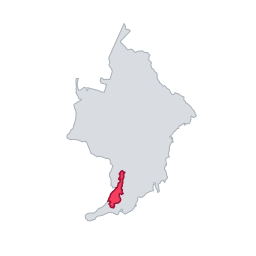 where Cesar sits in Colombia, rotated 195°
{"feature_id": "COL-1414", "entity_name": "Cesar", "entity_type": "Department", "adm_level": 1, "iso_a3": "COL", "parent_name": "Colombia", "parent_adm1": "", "projection": "natural_earth1", "projection_center": [-73.578, 9.272], "detail": "fine", "context": "in_parent", "style": "filled", "palette": "rose", "viewbox_px": 256, "rotation_deg": 195, "n_neighbors": 0, "source": "natural_earth", "source_scale": "10m", "svg_char_len": 6818}
<svg xmlns="http://www.w3.org/2000/svg" viewBox="0 0 256 256"><g transform="rotate(195 128 128)"><path d="M144.7,35.1L142.5,36.1L138.2,37.4L135.2,43.0L133.2,44.0L130.6,47.4L128.8,51.5L127.4,59.9L123.7,67.0L124.0,67.3L125.5,67.0L126.9,66.2L127.4,66.5L127.9,67.7L129.6,68.1L130.9,73.8L133.5,76.8L133.8,77.9L134.1,80.3L133.2,81.7L132.9,87.0L133.7,88.3L135.6,88.9L136.9,92.1L137.7,92.9L138.9,93.4L141.7,92.9L146.8,93.5L148.0,93.4L150.8,92.2L154.4,93.6L157.1,93.9L164.4,103.8L165.1,103.5L166.0,104.1L167.9,103.1L169.4,102.9L171.5,103.4L174.2,103.4L179.7,102.4L180.6,101.8L183.6,102.4L184.5,103.1L184.9,105.0L184.5,106.1L183.5,107.3L182.9,108.8L182.8,110.6L182.3,111.9L181.3,112.8L180.9,114.0L181.2,115.7L180.7,123.2L181.1,123.8L181.4,126.8L182.7,130.8L183.3,132.0L184.4,132.9L186.3,136.2L185.9,137.3L180.9,142.5L180.6,143.7L181.6,143.2L183.1,143.7L183.7,144.9L187.4,148.5L187.3,149.9L188.4,152.6L188.2,153.2L190.7,160.8L190.8,162.5L188.7,162.9L188.6,157.8L188.3,156.7L185.9,152.1L185.4,151.8L183.8,152.3L181.1,155.7L179.9,156.2L178.9,155.7L177.9,153.7L177.2,153.3L176.6,155.0L177.4,156.5L165.6,156.5L163.2,155.9L160.1,156.6L160.0,164.4L165.6,164.5L167.2,166.7L167.0,168.6L167.3,169.2L165.9,169.6L164.0,168.4L160.5,169.8L158.0,170.2L157.8,178.7L159.3,180.9L162.3,183.2L162.7,184.7L162.5,186.2L163.2,188.1L164.2,189.0L164.2,190.1L164.7,191.4L158.8,227.8L156.8,225.6L156.0,223.6L155.0,222.7L153.0,223.4L150.9,222.3L157.7,210.0L157.5,208.9L151.8,205.9L151.2,205.1L148.5,203.5L147.0,204.0L146.1,204.8L144.1,205.0L142.4,203.7L140.4,202.8L138.0,204.9L137.3,204.9L135.6,205.8L133.7,206.2L131.4,205.2L129.4,205.9L128.1,205.7L127.6,205.1L125.9,204.3L125.7,203.5L126.2,202.0L125.5,199.0L125.2,198.5L123.9,198.4L122.4,197.3L122.1,196.7L122.4,195.5L122.1,194.4L120.6,192.0L118.6,191.4L116.6,189.4L114.6,188.7L113.7,187.3L112.8,184.0L110.8,181.5L109.3,180.7L108.9,179.5L107.4,179.3L105.4,177.7L104.5,177.6L103.9,178.4L102.0,177.5L100.4,176.3L98.8,176.0L97.7,175.3L95.8,173.0L93.7,171.8L92.4,172.2L92.0,174.0L91.3,174.3L88.9,173.8L88.5,174.2L87.9,174.1L84.9,172.8L82.0,172.4L81.3,169.5L79.4,168.4L78.8,167.1L77.5,167.2L72.5,164.6L70.5,162.7L68.7,161.7L66.9,159.7L66.6,158.9L65.2,157.7L65.9,156.1L67.6,155.0L69.8,155.9L70.1,154.1L69.3,152.5L69.7,148.9L70.3,148.1L71.5,147.4L72.2,147.6L72.7,147.0L74.5,147.3L75.1,147.1L76.5,145.6L77.1,144.5L77.7,144.6L79.2,142.6L79.0,140.7L80.3,140.3L81.8,137.1L82.4,137.0L82.8,135.5L85.3,130.3L84.4,130.9L83.4,130.5L83.6,128.7L83.3,128.5L82.4,129.9L81.7,128.5L81.9,126.3L80.8,126.7L80.8,126.2L82.5,124.5L83.2,120.6L82.6,119.2L82.3,113.4L82.0,112.3L80.6,110.8L82.8,109.2L83.6,107.9L82.6,105.3L81.3,103.2L81.3,101.9L82.1,102.0L82.4,98.4L81.7,97.0L80.8,97.0L77.9,91.7L76.9,90.6L77.7,88.0L78.5,86.9L78.4,84.9L78.9,85.0L80.2,86.8L80.7,86.5L82.6,84.9L82.6,83.3L84.2,81.7L82.0,76.2L81.3,75.4L82.2,73.6L82.7,73.7L83.5,75.4L84.9,76.5L86.9,79.6L87.7,80.3L87.1,80.9L87.0,81.7L87.3,82.1L88.4,82.2L88.9,81.3L88.6,77.6L88.1,75.8L87.1,74.5L87.4,73.9L89.4,73.0L93.7,69.5L95.2,66.2L96.3,65.0L97.5,64.2L99.1,64.4L100.3,64.0L100.6,62.9L99.9,60.6L100.8,57.5L100.7,55.9L101.3,54.9L101.1,54.5L99.6,55.7L101.2,53.4L102.3,50.1L108.5,44.1L112.5,45.5L113.8,45.4L112.1,46.2L111.9,47.0L112.4,47.9L113.0,48.2L113.6,47.6L114.9,44.1L115.1,42.2L115.7,41.5L116.6,41.3L120.5,42.1L124.2,41.8L130.3,36.9L134.9,34.7L136.0,32.7L136.3,31.1L137.2,30.5L138.0,30.5L138.5,29.7L140.6,28.4L142.9,28.2L145.3,29.4L146.4,31.4L146.6,32.8L144.7,35.1ZM74.6,146.7L74.3,146.9L73.8,146.5L73.6,145.9L73.9,145.4L74.4,145.6L74.6,146.7Z" fill="#d9dde1" stroke="#a8b0b8" stroke-width="1"/><path d="M128.3,52.2L128.3,52.4L128.3,52.7L128.1,55.3L127.6,57.4L127.6,57.8L127.5,58.3L127.5,58.6L127.6,58.9L127.7,59.1L127.7,59.3L127.6,59.6L127.3,60.4L126.7,61.4L126.5,62.2L126.4,62.4L126.2,62.6L125.8,62.9L125.6,63.1L125.4,63.6L124.6,65.0L124.3,66.0L124.1,66.3L123.9,66.5L123.6,66.8L123.4,67.0L123.4,67.3L123.6,67.4L123.3,67.5L123.2,67.6L123.0,68.0L123.0,68.4L122.9,70.1L122.9,70.5L122.9,71.0L123.0,71.6L123.1,71.8L123.1,72.0L122.9,72.3L122.6,72.4L122.6,72.5L122.6,72.8L122.4,73.0L122.0,73.3L121.9,73.5L121.7,73.9L121.7,74.0L121.7,74.3L121.8,74.6L122.1,75.1L122.3,75.6L122.4,75.8L122.3,76.3L122.0,76.6L122.0,76.8L122.3,76.8L122.5,76.9L122.6,77.1L122.7,77.3L122.8,77.5L122.8,77.4L122.9,77.2L123.0,77.1L123.3,76.9L123.2,76.4L123.1,76.2L123.1,75.9L123.4,75.9L123.6,75.9L123.7,76.0L123.8,76.1L123.8,76.6L123.7,77.3L123.5,77.8L123.4,78.1L123.3,78.4L123.2,78.6L123.2,78.9L123.3,79.8L123.6,80.3L123.6,80.5L123.6,80.8L123.6,81.0L124.2,81.2L124.3,81.4L124.4,81.5L124.5,81.5L124.5,81.8L124.5,82.0L124.3,82.2L124.3,82.3L124.1,82.4L123.9,82.5L123.8,82.9L123.8,83.4L123.8,83.6L123.7,83.8L123.5,84.2L123.4,84.4L123.3,84.5L123.2,84.7L123.0,84.8L122.8,85.0L122.5,85.1L122.4,85.2L122.2,85.1L122.0,84.9L121.9,84.9L121.7,84.8L121.6,84.7L121.4,84.5L120.9,84.4L121.0,84.5L119.7,84.4L119.7,84.1L119.8,84.0L119.8,83.9L119.8,83.7L119.8,83.4L119.8,83.2L120.0,83.0L120.2,82.9L120.5,82.6L120.6,82.4L120.6,82.2L120.5,81.9L120.4,81.9L120.2,81.7L119.9,81.3L119.5,80.4L119.4,80.2L119.4,79.4L119.4,79.2L119.3,78.9L119.3,78.7L119.5,78.2L119.5,77.8L119.5,77.7L119.7,77.4L119.6,77.2L119.6,76.9L119.7,76.7L119.6,75.8L119.5,75.6L119.3,75.1L119.3,74.8L119.3,74.4L119.2,74.3L119.0,74.0L119.0,73.9L118.9,73.6L118.9,72.8L118.9,72.6L119.1,72.2L119.2,71.9L119.1,71.6L119.0,71.3L118.7,71.0L118.5,70.7L118.8,69.7L119.0,69.2L119.2,68.7L119.0,68.3L118.7,67.9L118.5,67.7L118.5,67.4L118.5,67.2L118.4,67.1L118.2,67.2L117.8,67.1L117.6,67.0L117.6,66.9L117.5,66.7L117.7,66.4L117.6,66.2L117.6,65.8L117.6,65.7L117.4,65.6L117.2,65.3L117.2,64.6L117.0,64.4L116.8,64.3L116.3,63.8L115.8,63.4L116.1,63.1L116.6,62.5L116.7,62.3L116.9,62.3L117.1,62.2L117.2,62.3L117.3,62.3L117.6,62.3L117.8,62.5L118.2,62.5L118.3,62.5L118.5,62.5L119.0,62.2L119.1,62.3L119.4,62.2L119.1,61.0L118.8,60.5L118.8,60.3L118.8,60.2L118.8,59.9L118.4,59.4L118.2,59.3L117.7,58.4L117.5,58.2L117.3,58.1L117.2,58.0L117.1,57.9L116.8,57.4L116.5,56.7L116.5,56.4L116.6,55.9L116.6,55.3L116.8,55.1L116.9,54.8L117.0,54.7L117.2,54.4L117.5,54.0L117.6,53.9L117.7,53.5L117.8,53.3L118.0,53.1L118.3,52.9L118.6,52.8L118.8,52.8L119.0,52.8L119.5,52.7L119.9,52.4L120.0,52.3L120.3,52.1L120.5,52.0L120.8,51.9L120.9,51.7L121.0,51.6L121.3,51.5L121.5,51.3L121.6,51.2L121.4,51.0L121.3,50.9L121.3,50.6L121.3,50.4L121.3,50.0L121.2,49.8L121.1,49.6L121.4,49.0L121.5,48.9L121.7,48.6L121.5,48.3L121.4,48.2L121.2,48.2L120.9,48.2L121.2,47.4L121.2,47.2L122.8,47.0L123.5,47.0L124.0,47.1L124.3,47.2L124.5,47.2L124.7,47.3L124.8,47.5L124.9,48.0L124.8,48.3L124.9,48.6L125.2,48.7L125.5,48.9L125.8,49.0L126.2,49.2L126.6,49.6L126.7,49.8L126.6,50.0L126.4,50.4L126.3,50.6L126.2,51.1L125.8,51.6L125.7,51.7L125.6,51.8L125.8,52.0L126.0,52.3L126.0,52.5L126.3,52.5L126.5,52.4L126.8,52.4L127.0,52.5L127.3,52.6L127.5,52.5L128.1,52.3L128.3,52.2L128.3,52.2Z" fill="#f43f5e" stroke="#9f1239" stroke-width="1.5"/></g></svg>